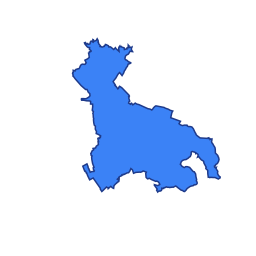 Sancraiu, Cluj, Romania, rotated 234°
{"feature_id": "2599482B11402741815659", "entity_name": "Sancraiu", "entity_type": "district", "adm_level": 2, "iso_a3": "ROU", "parent_name": "Romania", "parent_adm1": "Cluj", "projection": "equal_earth", "projection_center": [22.961, 46.83], "detail": "fine", "context": "isolated", "style": "filled", "palette": "blue", "viewbox_px": 256, "rotation_deg": 234, "n_neighbors": 0, "source": "geoboundaries", "source_scale": "gbopen_adm2", "svg_char_len": 5818}
<svg xmlns="http://www.w3.org/2000/svg" viewBox="0 0 256 256"><g transform="rotate(234 128 128)"><path d="M115.4,174.2L117.6,172.5L119.5,171.7L122.0,169.9L123.4,169.3L129.1,164.0L129.6,163.3L129.6,162.2L129.3,160.4L128.7,158.9L128.6,157.8L128.8,157.6L129.7,157.4L131.1,156.3L131.7,155.6L140.5,150.6L142.3,149.1L143.9,148.5L143.9,145.5L146.0,145.5L146.2,145.0L145.7,144.0L147.8,143.1L148.7,144.3L148.7,145.2L151.5,146.1L152.0,146.4L152.2,146.9L153.1,147.1L152.9,147.7L153.0,147.9L154.1,148.1L164.0,146.7L165.5,146.2L166.7,145.7L166.4,144.7L165.7,143.6L165.6,142.8L168.3,142.8L170.0,142.5L170.1,143.0L174.2,143.2L174.7,144.4L175.5,147.4L177.2,151.1L177.6,152.4L177.8,153.8L173.9,154.0L175.0,156.7L176.4,158.8L176.7,160.0L177.9,162.3L178.2,163.7L179.6,165.7L179.0,167.3L179.0,168.5L180.3,168.1L181.1,167.4L183.8,166.8L184.5,166.2L185.5,166.2L186.1,166.4L187.7,168.3L187.9,169.7L187.6,171.8L188.9,174.9L187.4,176.2L187.1,176.6L189.3,176.8L190.5,177.6L190.8,178.4L191.1,178.7L191.1,178.4L191.9,177.6L192.4,176.3L193.5,176.5L193.7,177.1L194.2,176.9L194.9,176.9L192.9,175.3L193.4,174.4L192.7,173.6L193.1,173.5L193.2,172.2L193.6,171.2L195.1,172.0L197.7,170.2L198.1,170.4L198.4,170.1L198.5,168.9L199.0,169.2L198.7,168.2L198.0,167.3L195.3,165.8L199.2,164.9L200.4,165.0L199.9,162.6L203.4,161.7L204.3,161.2L204.5,160.5L204.9,160.1L206.0,160.5L208.2,159.4L208.9,158.8L208.3,157.9L208.4,156.9L208.0,156.7L208.2,156.3L208.5,154.9L209.4,154.0L209.7,154.1L210.4,153.3L210.9,154.0L213.2,153.8L214.9,154.5L215.0,154.3L216.4,155.3L218.3,155.5L217.5,153.7L218.0,151.9L218.0,151.3L219.7,151.9L220.2,151.6L218.2,150.1L220.0,149.3L219.6,147.9L218.6,147.0L218.4,146.5L219.0,145.1L219.7,144.8L220.0,144.9L220.0,144.2L220.6,143.8L222.3,143.8L222.5,142.8L221.0,142.5L217.8,142.7L216.5,143.1L215.6,144.2L214.1,142.9L213.1,143.4L212.2,143.5L211.7,143.1L212.3,141.5L211.7,141.2L211.8,140.1L211.1,139.9L207.9,138.2L207.7,136.0L208.2,133.0L205.3,132.5L205.2,131.6L204.8,131.1L204.9,130.4L206.5,128.6L206.7,127.6L206.5,126.4L205.2,124.2L204.8,123.2L205.4,122.2L205.3,121.9L205.7,121.3L205.8,120.6L206.0,120.3L205.8,119.8L205.9,119.5L205.3,118.6L206.9,117.6L205.0,116.2L205.2,115.8L204.6,115.1L203.0,114.8L202.5,114.0L201.0,114.2L198.6,114.2L189.9,115.0L184.1,116.3L183.3,117.5L180.1,116.9L178.3,117.3L176.4,116.2L176.0,114.5L176.3,111.4L179.0,107.8L178.9,107.3L177.8,106.8L176.3,108.7L174.4,110.4L172.5,112.8L171.5,113.4L169.4,111.8L168.1,113.4L165.9,111.9L163.5,109.6L163.1,109.8L162.8,109.4L161.5,109.6L160.3,108.0L159.6,107.9L157.0,106.2L155.5,105.6L155.1,105.0L152.4,103.4L150.1,102.4L148.6,102.7L146.4,100.9L143.6,100.4L142.2,99.0L140.8,99.9L137.8,101.3L136.8,100.3L137.2,99.9L136.3,98.9L137.4,98.1L137.2,97.4L134.3,96.2L134.6,95.8L132.0,94.3L131.9,91.5L130.9,90.1L132.0,87.7L130.6,87.5L130.6,85.4L130.1,84.8L129.8,84.0L129.2,83.3L129.2,82.9L127.5,82.1L126.5,82.5L125.9,81.5L123.7,80.2L120.1,78.5L116.2,77.4L116.3,76.5L114.8,75.7L113.2,75.6L113.2,75.1L112.9,74.9L114.0,73.1L114.4,71.4L116.5,72.0L117.1,71.9L117.6,72.3L119.2,72.4L120.3,73.0L123.1,73.7L123.7,69.0L118.8,67.7L118.2,67.7L118.0,68.2L117.5,68.0L116.1,68.1L116.1,67.9L115.7,67.7L114.8,67.9L113.5,67.4L108.6,66.5L108.0,70.4L95.7,70.2L94.6,69.6L92.0,69.5L92.2,71.4L92.9,75.9L92.1,76.1L91.4,76.9L90.6,76.4L90.9,79.8L88.8,80.2L87.6,80.9L89.6,82.8L90.1,85.4L90.1,86.7L90.4,87.0L90.3,87.6L90.4,88.1L90.1,88.7L90.1,89.1L90.7,89.6L91.2,89.6L91.7,90.0L92.3,89.9L92.4,89.4L92.8,89.2L93.0,89.6L92.6,90.6L92.7,91.1L92.3,91.1L92.8,91.5L93.3,91.2L93.5,91.5L93.6,92.9L93.2,94.4L93.2,95.0L93.5,95.3L93.2,95.4L93.3,95.9L93.0,96.4L93.1,96.8L93.3,97.0L92.7,97.6L92.5,98.6L92.7,98.9L92.4,99.4L92.3,100.6L91.5,102.2L92.0,104.0L93.5,106.5L91.6,107.0L88.1,105.9L87.5,108.2L85.6,111.3L84.8,112.2L84.4,113.6L84.4,114.6L84.1,115.2L82.1,116.5L81.5,116.9L80.8,115.6L77.4,113.6L75.4,113.9L75.1,114.4L74.9,115.4L74.6,115.8L72.4,116.7L71.3,117.5L70.8,117.6L69.7,118.5L68.9,118.7L68.4,119.2L68.2,120.0L66.5,120.9L64.5,120.8L63.6,120.5L63.9,118.2L66.5,116.2L66.1,116.1L66.1,115.7L61.4,115.7L60.9,114.6L58.7,114.4L58.9,115.4L58.4,116.6L58.1,116.8L57.8,118.2L58.4,119.3L59.1,119.6L59.4,120.1L58.7,120.5L58.1,121.3L58.6,122.0L58.0,122.8L58.1,123.3L57.8,123.9L57.9,124.4L56.7,125.2L55.9,126.4L55.2,126.8L55.0,127.5L54.5,128.2L54.3,128.9L53.5,129.7L53.1,132.4L52.0,133.0L51.3,133.0L46.6,134.4L45.2,135.5L44.1,135.7L43.3,136.5L43.7,138.8L44.0,139.3L44.3,140.6L44.2,142.5L44.3,143.3L43.8,145.2L43.0,146.9L43.2,148.2L42.9,148.3L42.6,148.8L42.2,150.1L42.2,150.5L42.7,151.6L43.8,152.1L45.1,152.2L45.9,153.2L48.8,154.4L51.1,155.7L53.6,155.9L54.2,155.3L54.8,155.1L59.9,154.7L61.7,153.4L62.7,152.2L62.9,151.7L62.8,150.5L63.1,150.1L65.6,149.1L66.8,149.2L67.9,149.0L68.7,150.4L69.2,150.8L69.7,152.8L69.2,155.0L68.4,156.3L68.2,159.1L68.4,160.1L68.3,161.6L69.6,163.7L70.9,164.6L71.4,165.2L71.3,166.1L69.3,167.7L68.4,168.1L67.5,167.8L67.6,168.4L65.9,169.0L65.4,169.1L64.5,168.5L63.6,167.2L63.5,167.9L63.2,168.3L59.0,168.6L57.9,169.2L56.6,169.6L54.9,168.8L50.3,168.2L49.9,167.4L49.3,167.1L46.9,167.6L44.1,165.7L41.0,164.0L40.8,164.5L39.9,164.9L39.4,166.0L37.7,168.0L36.8,169.3L33.6,171.1L33.6,172.1L33.5,173.2L34.3,173.8L35.3,173.4L37.4,173.4L38.9,173.9L40.2,175.2L42.7,175.3L43.8,175.7L44.1,176.1L44.1,175.9L43.8,175.4L45.4,175.1L45.6,175.7L45.9,175.9L46.1,175.4L46.4,175.5L46.4,176.9L46.8,177.3L46.9,177.8L46.7,178.7L46.9,179.8L47.9,181.8L49.1,183.2L51.2,184.1L51.8,184.0L53.0,184.5L56.4,184.0L59.5,186.1L61.2,186.9L63.3,187.0L65.6,187.3L66.9,187.2L68.0,187.7L69.1,189.0L69.9,189.5L70.5,187.6L71.2,188.1L71.9,187.7L72.2,187.0L72.7,187.4L73.3,185.7L77.6,180.5L81.2,179.4L82.6,179.2L83.7,179.6L84.8,179.6L88.9,180.4L91.2,180.3L92.4,179.4L93.7,177.7L94.9,177.2L95.4,177.5L95.6,177.4L97.2,175.3L98.0,173.4L99.9,172.2L101.5,171.8L102.6,174.4L111.2,168.6L114.7,172.6L115.4,174.2Z" fill="#3b82f6" stroke="#1e3a8a" stroke-width="1.5"/></g></svg>